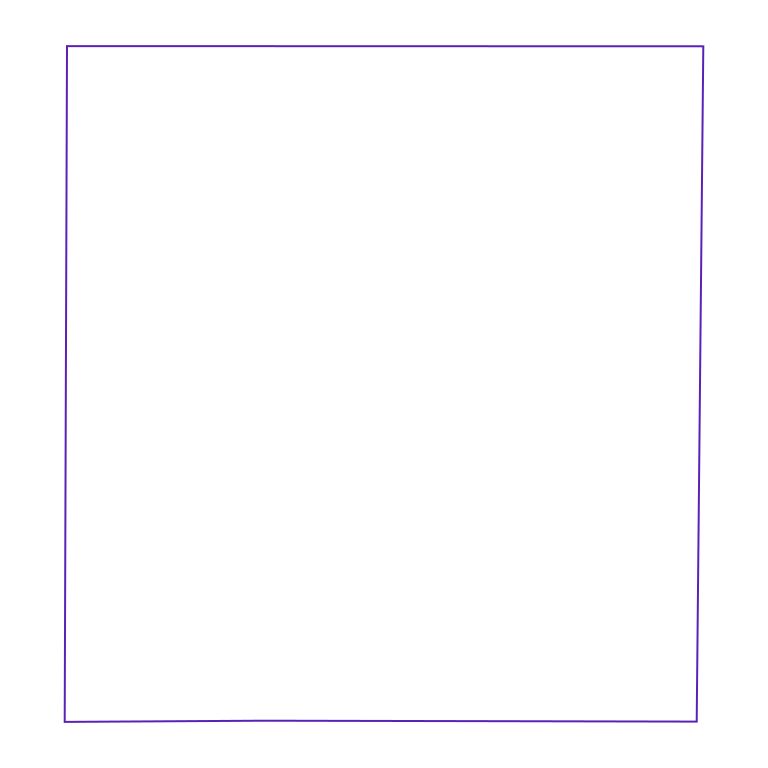 Randall, Texas, United States of America
{"feature_id": "52423323B97563616401050", "entity_name": "Randall", "entity_type": "district", "adm_level": 2, "iso_a3": "USA", "parent_name": "United States of America", "parent_adm1": "Texas", "projection": "equal_earth", "projection_center": [-101.931, 34.965], "detail": "fine", "context": "isolated", "style": "outline", "palette": "violet", "viewbox_px": 768, "rotation_deg": 0, "n_neighbors": 0, "source": "geoboundaries", "source_scale": "gbopen_adm2", "svg_char_len": 195}
<svg xmlns="http://www.w3.org/2000/svg" viewBox="0 0 768 768"><path d="M264.2,720.7L696.7,721.6L703.3,46.3L67.0,46.1L64.7,721.9L264.2,720.7Z" fill="none" stroke="#5b21b6" stroke-width="2"/></svg>